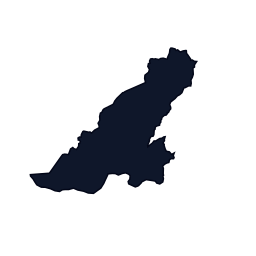 the district of Guayanilla, Puerto Rico, rotated 32°
{"feature_id": "32010507B36616514861103", "entity_name": "Guayanilla", "entity_type": "district", "adm_level": 2, "iso_a3": "PRI", "parent_name": "Puerto Rico", "parent_adm1": "", "projection": "mercator", "projection_center": [-66.788, 18.044], "detail": "fine", "context": "isolated", "style": "filled", "palette": "ink", "viewbox_px": 256, "rotation_deg": 32, "n_neighbors": 0, "source": "geoboundaries", "source_scale": "gbopen_adm2", "svg_char_len": 2767}
<svg xmlns="http://www.w3.org/2000/svg" viewBox="0 0 256 256"><g transform="rotate(32 128 128)"><path d="M69.9,219.3L70.8,220.4L73.8,221.3L74.5,221.5L77.6,223.1L78.1,223.3L80.7,224.5L82.4,224.4L83.7,224.3L85.8,224.1L87.4,223.2L89.0,222.2L94.0,220.7L94.3,220.6L99.4,219.9L102.4,218.6L103.6,218.1L105.0,215.3L105.8,214.6L107.0,213.7L110.3,211.6L111.0,210.8L113.7,207.9L113.8,207.9L118.3,207.2L123.9,205.1L128.7,204.2L133.4,201.7L135.0,197.7L136.6,193.9L136.8,193.4L136.8,188.0L136.8,187.8L136.3,184.2L136.0,181.6L135.5,177.7L135.4,177.4L136.4,176.7L138.7,174.9L140.6,173.8L141.7,173.3L144.7,173.0L145.8,171.6L146.1,171.1L147.5,169.3L149.8,167.3L153.0,166.8L153.4,166.9L153.6,166.9L155.1,167.3L156.5,170.1L156.7,170.5L156.5,173.3L158.2,175.0L165.4,174.1L167.1,172.0L167.5,171.2L168.3,167.6L168.2,166.5L170.7,162.2L177.4,159.3L179.4,158.6L181.5,159.5L184.6,158.6L186.1,155.3L184.9,152.2L183.0,150.2L183.2,149.3L182.0,148.0L179.4,143.5L177.6,142.0L178.2,139.4L179.4,137.2L180.9,135.6L180.0,132.8L180.8,131.2L182.9,129.9L182.8,128.7L181.0,127.4L180.4,124.7L179.0,127.3L175.7,126.3L172.8,127.4L170.7,126.1L168.0,123.8L167.3,122.6L166.1,122.6L165.5,121.1L165.7,119.5L164.9,118.5L164.1,115.7L163.0,116.7L162.3,118.5L160.4,120.2L158.4,124.3L156.9,125.2L156.7,127.9L155.5,130.9L154.8,133.4L153.9,132.5L153.0,127.4L152.1,126.3L152.0,123.0L153.6,121.7L153.5,120.0L151.3,115.9L151.6,114.7L150.6,112.8L151.3,111.1L153.3,108.9L152.6,107.5L152.7,105.5L151.7,104.3L151.9,103.1L151.2,101.0L152.1,98.0L153.5,96.8L153.7,95.1L153.0,94.1L154.1,93.5L153.8,90.9L154.1,89.2L153.2,87.8L150.9,86.1L150.4,83.4L152.3,78.0L152.4,77.2L152.9,74.4L153.5,73.6L154.2,72.3L155.0,69.5L154.1,64.2L155.0,63.6L157.1,60.1L158.9,59.1L158.0,56.7L155.9,53.9L155.7,51.0L154.9,47.9L151.3,42.8L152.1,41.1L150.9,39.3L151.0,35.2L148.8,36.3L146.4,36.3L145.3,37.4L144.6,36.4L139.6,34.2L138.1,33.7L136.5,31.5L136.1,31.5L133.9,33.4L132.1,35.8L131.3,35.8L128.7,35.4L127.6,36.8L126.1,36.0L123.3,36.8L122.0,37.5L121.9,39.1L123.5,42.6L124.2,47.4L124.7,48.2L124.6,49.0L120.9,50.1L118.9,51.7L117.9,53.6L114.3,54.9L113.9,55.7L111.8,56.4L110.5,57.6L110.8,59.8L112.4,61.4L111.2,62.5L112.2,65.3L115.2,67.0L115.9,69.9L114.4,74.2L115.8,77.1L118.8,80.2L112.6,89.3L112.0,90.2L107.7,96.4L106.2,98.7L105.6,100.2L104.8,100.9L102.9,108.5L102.5,112.1L102.9,115.5L102.2,116.9L97.6,124.4L97.2,125.6L97.5,128.6L96.7,130.0L97.9,133.4L99.6,135.6L100.1,136.9L100.1,139.8L102.3,141.4L103.4,143.0L100.8,147.5L99.8,151.6L97.8,151.5L97.1,152.3L92.1,154.1L91.6,154.9L91.9,158.2L93.0,160.7L91.6,161.4L90.9,163.0L92.3,164.6L93.1,164.0L94.8,164.7L95.2,166.4L94.5,167.3L95.8,169.7L95.7,173.5L93.2,174.2L91.5,173.8L90.4,176.2L91.6,182.1L88.2,183.7L86.7,185.2L86.5,187.2L85.3,208.0L69.9,219.3Z" fill="#0f172a" stroke="#020617" stroke-width="1.5"/></g></svg>